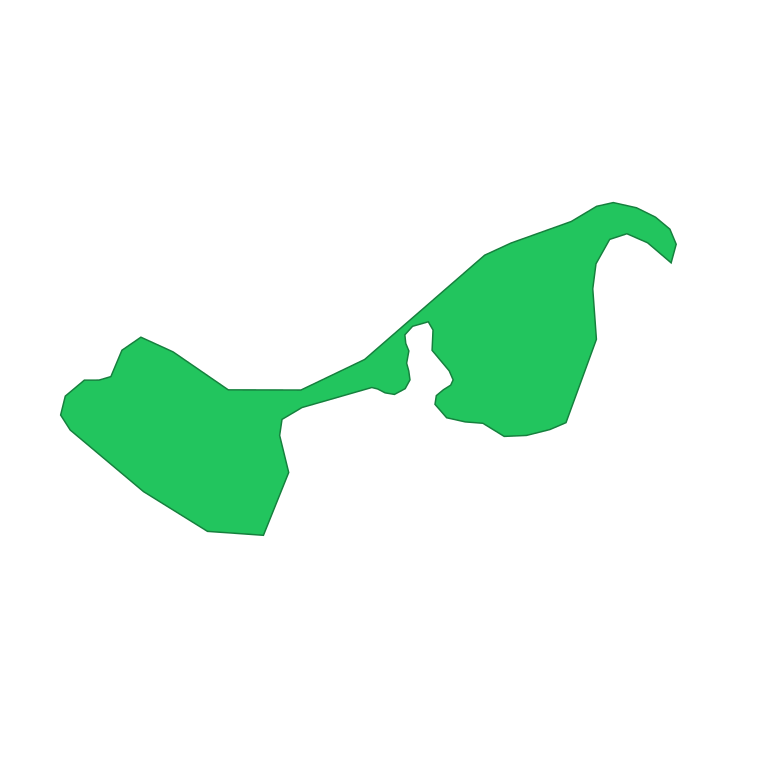 the Commune of Miquelon-Langlade, rotated 74°
{"feature_id": "SPM-4867", "entity_name": "Miquelon-Langlade", "entity_type": "Commune", "adm_level": 1, "iso_a3": "SPM", "parent_name": "Saint Pierre and Miquelon", "parent_adm1": "", "projection": "natural_earth1", "projection_center": [-56.329, 46.961], "detail": "fine", "context": "isolated", "style": "filled", "palette": "green", "viewbox_px": 768, "rotation_deg": 74, "n_neighbors": 0, "source": "natural_earth", "source_scale": "10m", "svg_char_len": 932}
<svg xmlns="http://www.w3.org/2000/svg" viewBox="0 0 768 768"><g transform="rotate(74 384 384)"><path d="M442.8,500.0L496.2,541.6L477.0,594.3L421.2,644.8L341.8,698.3L324.7,703.4L307.8,693.7L297.7,671.0L301.7,656.9L301.6,644.5L279.3,626.6L272.0,604.8L295.0,577.9L346.7,535.3L366.9,465.5L355.1,395.9L287.9,251.7L283.5,223.0L279.4,159.2L271.8,130.6L272.8,113.6L284.2,92.7L298.5,77.0L314.0,66.5L330.2,64.6L346.7,74.6L320.9,91.7L306.5,109.1L307.2,127.2L326.9,147.1L350.1,157.1L399.6,167.5L471.3,219.7L473.5,237.1L472.7,261.3L467.5,282.9L449.0,299.8L442.8,316.4L433.7,333.1L417.6,340.6L409.6,336.9L405.9,328.5L403.5,320.2L399.1,316.4L389.3,317.7L364.9,328.5L345.6,322.0L336.4,324.3L336.4,340.6L342.5,350.4L351.0,351.9L359.1,351.0L370.2,356.5L378.3,356.6L387.2,357.9L394.3,364.9L396.9,376.8L392.8,385.4L387.0,391.5L384.0,396.7L384.0,469.3L389.9,491.8L404.7,498.5L442.8,500.0Z" fill="#22c55e" stroke="#15803d" stroke-width="1.5"/></g></svg>